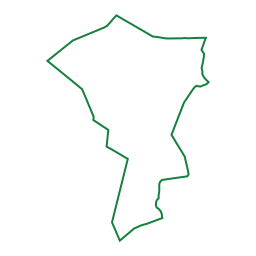 Paquetá, Piauí, Brazil (Mercator projection)
{"feature_id": "56859067B84967763168108", "entity_name": "Paquetá", "entity_type": "district", "adm_level": 2, "iso_a3": "BRA", "parent_name": "Brazil", "parent_adm1": "Piauí", "projection": "mercator", "projection_center": [-41.654, -7.163], "detail": "fine", "context": "isolated", "style": "outline", "palette": "green", "viewbox_px": 256, "rotation_deg": 0, "n_neighbors": 0, "source": "geoboundaries", "source_scale": "gbopen_adm2", "svg_char_len": 1027}
<svg xmlns="http://www.w3.org/2000/svg" viewBox="0 0 256 256"><path d="M188.1,171.3L184.7,156.5L176.2,142.7L171.5,134.8L177.0,120.6L177.8,118.5L178.5,116.5L180.1,112.7L184.0,102.6L192.7,89.7L194.3,87.5L196.4,85.8L200.2,86.6L203.8,85.1L206.3,84.3L208.6,82.2L205.0,78.6L203.6,76.7L202.2,73.8L202.5,71.5L201.6,68.1L202.7,63.3L203.9,56.6L204.0,53.8L201.5,49.8L205.8,37.8L203.3,37.8L198.9,37.9L194.4,38.0L190.1,38.2L187.5,38.3L184.5,38.0L182.0,38.3L166.6,38.5L155.9,36.8L152.9,36.6L139.7,28.9L116.4,15.4L114.9,17.0L112.7,19.4L110.9,21.6L107.3,25.7L104.4,27.4L72.8,40.5L47.4,60.9L72.9,81.6L74.4,82.9L82.0,89.1L84.0,93.6L93.7,116.8L93.3,120.0L108.3,130.0L106.6,146.6L112.9,150.1L127.8,158.9L112.0,222.3L119.8,240.6L134.0,228.6L141.1,225.4L147.4,223.6L162.3,218.0L161.7,213.9L160.9,211.6L158.9,209.1L156.6,207.4L155.9,205.1L156.1,201.9L157.1,199.8L158.6,198.4L158.6,195.2L159.2,192.0L159.3,188.5L159.2,186.2L159.4,183.6L160.5,181.3L162.2,179.9L187.4,176.3L188.6,174.4L188.1,171.3Z" fill="none" stroke="#15803d" stroke-width="2"/></svg>